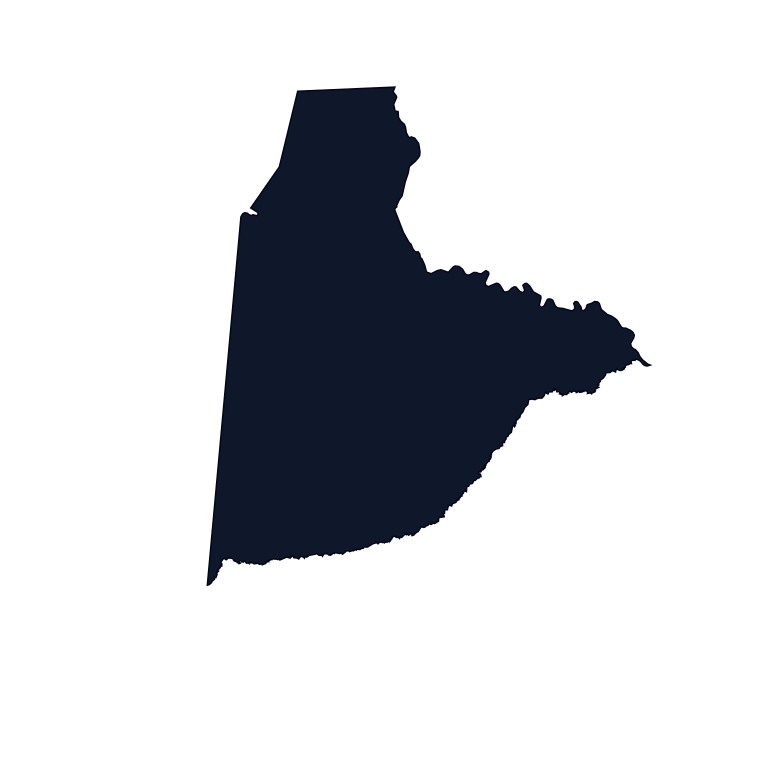 Nalolo, Western, Zambia (Mercator projection), rotated 300°
{"feature_id": "96606910B50694573542024", "entity_name": "Nalolo", "entity_type": "district", "adm_level": 2, "iso_a3": "ZMB", "parent_name": "Zambia", "parent_adm1": "Western", "projection": "mercator", "projection_center": [22.885, -15.831], "detail": "fine", "context": "isolated", "style": "filled", "palette": "ink", "viewbox_px": 768, "rotation_deg": 300, "n_neighbors": 0, "source": "geoboundaries", "source_scale": "gbopen_adm2", "svg_char_len": 6171}
<svg xmlns="http://www.w3.org/2000/svg" viewBox="0 0 768 768"><g transform="rotate(300 384 384)"><path d="M457.3,176.5L121.4,331.6L123.0,333.0L125.6,333.9L127.5,333.8L129.9,334.7L131.5,334.3L132.4,335.2L135.7,334.6L136.7,333.6L139.2,334.2L139.1,333.0L143.2,333.9L145.0,333.5L145.2,334.5L147.1,333.6L147.0,332.6L148.3,331.9L152.2,332.1L153.2,333.6L152.9,335.2L155.6,336.3L157.3,340.1L155.9,342.4L156.3,345.0L155.9,348.2L157.0,349.1L157.9,347.4L159.3,347.9L159.5,349.2L158.8,349.8L159.4,350.4L159.3,351.1L160.9,351.5L160.1,354.7L161.3,356.0L161.1,356.9L161.6,356.6L162.4,357.9L162.8,357.2L163.5,357.9L163.3,361.4L165.6,364.3L165.6,366.2L167.1,368.0L166.5,368.9L169.5,371.3L171.1,371.2L171.9,372.2L171.8,371.5L173.0,371.5L173.8,372.4L173.4,372.7L175.4,373.8L175.9,374.8L177.0,374.9L177.8,377.2L178.4,377.3L178.8,379.7L179.6,380.1L179.5,381.8L185.4,386.2L186.3,389.7L188.7,390.4L189.5,392.2L188.5,392.7L189.9,396.0L189.8,397.6L193.7,398.1L193.4,399.7L194.0,400.5L193.4,402.2L194.6,402.0L195.5,402.8L195.4,403.6L198.3,405.0L202.7,410.1L203.6,410.4L203.2,413.4L204.7,416.1L204.1,416.8L207.2,417.1L208.1,419.1L208.9,419.4L208.3,421.5L208.9,423.3L212.1,424.6L212.5,425.8L213.4,425.7L215.1,430.5L216.3,431.2L215.9,433.2L220.0,434.8L220.4,434.5L222.0,436.9L221.6,437.8L223.8,439.9L224.5,439.6L225.0,440.9L224.6,441.1L226.7,442.5L226.5,443.1L227.2,443.1L228.7,446.0L230.2,446.5L231.3,448.2L232.8,448.1L234.6,451.3L239.9,454.1L242.6,456.6L243.0,456.2L242.6,458.7L244.7,459.3L246.0,461.1L245.9,462.1L246.8,462.6L246.6,463.8L247.5,464.0L248.9,466.1L250.6,467.1L250.3,467.7L252.1,467.9L252.6,467.3L253.5,468.1L256.1,468.0L258.0,469.9L257.2,471.1L258.5,473.4L258.0,474.4L258.7,474.3L260.0,476.0L264.6,477.3L264.6,478.7L265.1,479.2L265.3,478.6L265.8,479.5L265.4,480.9L266.5,481.6L267.4,481.3L267.6,482.0L267.8,482.9L266.7,484.1L268.4,485.5L269.3,485.0L270.3,486.1L271.1,485.8L273.2,487.3L278.8,487.6L279.9,490.4L281.4,491.4L282.9,491.4L283.4,492.7L285.6,492.9L285.8,494.9L288.3,496.4L288.4,497.5L292.4,499.8L295.7,498.2L299.1,502.5L300.4,501.4L300.9,500.0L302.1,500.3L302.3,501.0L305.4,499.5L306.8,501.8L309.4,500.9L311.1,501.0L312.0,501.8L312.2,503.6L314.6,503.1L317.4,505.5L319.1,505.1L320.0,506.1L320.8,505.4L321.4,506.7L322.4,506.1L323.6,506.7L323.9,506.1L326.1,507.5L326.3,506.8L328.7,507.2L329.7,507.2L330.0,506.5L331.9,507.7L332.0,509.2L336.4,507.0L337.9,508.5L338.8,508.1L341.2,508.7L341.4,509.7L342.3,510.3L345.3,510.0L346.1,511.2L349.6,512.2L349.9,513.2L351.7,513.5L352.3,514.3L353.9,512.8L354.1,511.9L353.5,511.4L354.1,509.7L355.3,510.0L355.6,511.1L356.9,511.2L356.7,511.7L358.5,511.8L359.7,512.9L361.1,512.7L361.3,513.2L362.0,512.7L362.7,513.3L363.9,512.2L364.7,512.8L365.3,512.4L368.8,512.8L369.6,513.7L371.2,512.9L372.1,513.7L374.3,513.3L375.5,512.6L375.0,512.1L376.9,512.2L377.3,511.6L381.0,512.1L383.7,513.5L385.7,515.8L388.6,515.9L388.6,516.5L389.7,516.7L389.8,517.5L390.5,517.2L390.6,516.0L390.9,516.8L392.2,515.8L393.6,517.6L395.0,516.9L397.3,517.2L399.1,516.4L400.8,517.5L402.3,517.1L405.9,518.4L411.5,516.5L413.1,517.2L412.3,518.3L413.7,518.5L415.1,516.9L415.9,517.0L415.9,518.0L419.2,516.3L419.9,517.6L421.1,517.4L423.0,518.3L425.6,517.5L429.2,518.2L434.0,517.6L438.2,518.8L442.9,517.1L445.0,519.8L445.9,522.5L448.8,524.5L450.8,527.9L454.0,528.5L457.4,527.9L458.0,528.4L457.6,528.9L458.0,530.1L457.3,529.9L457.3,531.0L459.8,530.9L461.3,533.6L464.3,533.4L464.7,534.4L464.0,534.0L463.7,534.6L465.4,535.0L465.3,535.6L463.7,537.7L464.9,539.3L464.6,540.5L463.5,540.9L464.2,541.3L463.5,542.3L464.1,543.6L463.1,544.3L465.0,545.2L466.3,547.5L468.0,547.6L468.4,548.2L469.0,547.3L468.9,547.9L470.5,548.4L470.6,549.6L471.0,549.6L470.6,550.5L472.7,551.7L473.2,552.8L473.4,553.9L472.7,554.8L473.6,555.6L475.1,555.6L474.6,557.7L475.1,558.3L475.8,557.9L475.7,559.0L476.5,559.8L477.3,559.5L477.5,560.8L478.2,560.8L479.3,562.8L478.9,564.4L477.5,564.9L479.3,566.9L479.3,568.7L480.1,568.6L482.6,570.5L483.9,570.5L484.4,569.4L485.0,569.4L488.5,571.6L488.4,570.4L490.0,569.3L490.4,570.5L492.5,569.4L494.4,570.1L495.2,569.2L498.6,570.9L502.8,571.3L503.4,570.6L505.0,571.0L507.0,574.0L509.8,575.1L510.2,578.5L511.8,577.8L513.4,578.4L513.5,581.2L514.6,583.0L517.2,584.5L517.8,583.7L519.0,584.5L519.3,584.0L521.6,584.3L523.2,586.1L524.9,587.0L525.4,588.1L527.1,586.6L528.6,587.0L530.0,589.6L530.8,589.5L531.9,590.4L532.1,594.2L530.4,599.1L530.5,601.1L531.3,603.1L533.5,605.1L533.1,602.5L534.2,595.6L535.8,591.7L538.2,588.4L539.5,584.3L539.1,582.7L540.0,579.4L542.6,577.2L548.9,577.2L551.5,576.3L553.3,573.6L553.7,570.2L553.2,565.2L552.1,563.5L551.9,561.2L555.6,554.4L556.2,552.0L556.5,546.7L555.8,542.7L557.2,534.9L561.4,530.2L561.9,527.8L560.7,525.1L557.9,523.6L554.3,520.4L550.2,521.2L547.4,520.4L546.8,518.2L549.1,516.2L551.8,510.8L551.7,509.7L550.9,508.3L548.6,508.0L546.7,510.2L544.2,511.6L541.7,510.6L541.0,509.2L538.9,501.2L536.7,496.2L537.3,493.2L540.9,488.3L541.0,486.6L540.2,484.3L539.0,483.2L531.9,483.6L530.0,482.8L529.2,481.6L529.2,480.4L530.0,479.1L537.3,476.8L538.6,475.6L538.5,467.4L541.8,461.0L542.5,457.2L541.4,455.7L538.9,454.9L535.4,459.1L533.0,458.8L532.4,458.1L532.2,455.0L534.0,449.7L533.1,448.0L530.6,446.6L526.8,445.7L524.3,443.3L524.0,441.7L527.6,435.1L528.1,433.0L527.5,431.0L520.4,425.6L520.5,422.7L522.4,420.8L531.6,419.9L533.1,418.6L533.2,415.6L528.0,413.1L526.9,410.4L526.9,408.6L525.4,405.9L521.4,403.6L520.2,402.2L520.0,399.2L522.7,394.6L523.3,390.2L521.8,386.6L519.8,385.4L512.9,383.9L511.4,376.2L508.9,373.5L503.1,369.7L502.2,364.8L507.2,359.9L511.4,354.2L511.6,352.3L514.5,349.9L515.6,347.4L514.5,346.0L514.3,344.3L515.5,341.4L518.6,337.4L519.0,335.1L524.9,325.1L540.0,306.4L541.7,305.7L543.8,306.5L545.1,305.7L551.1,305.1L556.0,305.6L569.4,301.4L578.7,299.5L585.0,297.2L592.4,299.7L596.8,300.6L599.6,300.7L602.9,299.2L609.6,293.8L612.3,287.6L611.6,284.0L610.2,283.4L610.2,281.7L612.7,277.8L617.1,274.2L619.0,271.9L620.0,267.2L622.0,263.4L627.0,260.0L625.9,257.1L631.1,252.5L638.6,251.6L639.6,250.6L641.6,245.8L646.6,245.0L594.4,162.9L519.7,184.8L469.8,180.6L469.5,188.3L468.8,189.7L467.8,190.2L466.1,189.6L465.1,186.0L463.5,184.8L463.1,182.3L463.6,180.6L462.8,177.9L461.0,176.6L457.3,176.5Z" fill="#0f172a" stroke="#020617" stroke-width="1.5"/></g></svg>